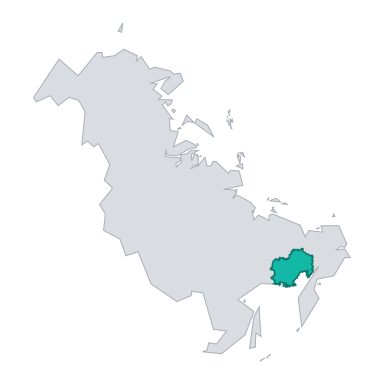 where Maga Buryatdan sits in Russia
{"feature_id": "RUS-2615", "entity_name": "Maga Buryatdan", "entity_type": "Region", "adm_level": 1, "iso_a3": "RUS", "parent_name": "Russia", "parent_adm1": "", "projection": "albers", "projection_center": [153.715, 62.596], "detail": "fine", "context": "in_parent", "style": "filled", "palette": "teal", "viewbox_px": 384, "rotation_deg": 0, "n_neighbors": 0, "source": "natural_earth", "source_scale": "10m", "svg_char_len": 9363}
<svg xmlns="http://www.w3.org/2000/svg" viewBox="0 0 384 384"><path d="M221.5,353.8L203.1,351.8L207.2,349.9L208.7,342.7L216.6,344.0L226.6,330.9L213.5,329.4L203.0,292.9L191.6,291.2L191.2,295.6L177.0,301.6L151.1,284.0L138.1,251.8L125.8,255.8L120.1,239.2L103.6,230.4L105.3,213.9L99.5,204.5L112.6,188.2L104.3,180.2L109.8,164.6L98.5,143.5L93.8,146.8L87.6,141.2L81.8,144.9L85.1,111.8L78.8,100.5L69.3,97.2L58.1,105.6L50.2,95.7L36.3,101.9L33.6,97.5L59.0,59.1L78.1,75.7L97.1,52.6L102.0,52.5L102.6,57.4L114.6,55.7L123.9,49.2L137.4,55.8L136.3,61.1L141.2,56.6L149.6,69.2L154.6,67.2L170.4,70.9L173.5,74.0L180.4,73.4L183.3,81.2L168.3,94.6L160.9,88.5L165.4,80.8L168.9,78.5L169.9,76.7L150.3,83.4L157.3,83.8L153.0,89.3L161.9,96.1L158.7,99.6L172.4,99.9L170.8,104.5L167.5,105.7L165.6,102.0L162.2,104.9L172.9,119.3L169.2,118.4L170.4,130.5L178.2,131.8L173.4,146.9L186.1,140.4L196.9,145.6L196.5,147.8L190.2,148.3L176.8,155.9L166.9,154.9L166.0,149.8L165.1,156.6L179.6,157.9L181.0,160.0L175.9,163.5L176.3,167.0L181.5,162.2L180.4,155.0L187.3,153.6L190.7,150.2L198.1,150.5L191.3,154.6L191.4,159.3L192.0,160.3L194.5,153.9L198.3,156.6L198.4,164.8L192.6,165.9L191.1,168.5L198.5,165.5L204.9,157.2L207.2,166.4L210.8,165.7L213.1,161.4L216.1,161.6L228.5,173.3L230.4,170.4L239.1,170.9L242.9,185.3L223.5,189.4L233.4,189.8L236.3,192.6L233.2,197.0L232.9,197.9L233.3,198.3L236.5,194.8L250.3,202.0L255.3,207.6L253.6,212.4L252.0,210.0L253.9,219.8L258.4,215.1L269.4,220.4L268.9,216.0L272.1,213.8L300.2,225.2L305.2,236.9L308.7,230.5L322.6,232.2L320.9,225.9L338.9,225.7L346.8,244.0L344.7,247.4L340.5,246.4L336.4,250.0L344.6,248.8L350.4,257.7L344.9,257.3L333.8,275.9L317.2,279.1L314.0,289.6L319.1,298.3L301.7,326.7L298.2,297.9L319.1,266.0L307.9,277.1L307.6,270.7L299.9,272.4L293.3,282.0L295.6,285.3L261.2,283.5L237.8,299.6L254.0,311.6L245.1,334.8L221.5,353.8ZM213.8,137.0L194.7,123.0L196.8,118.7L207.5,125.1L213.8,137.0ZM259.2,306.9L260.9,336.5L255.9,332.9L255.3,347.1L249.5,348.4L253.9,316.9L259.2,306.9ZM186.9,115.1L194.2,122.8L187.8,121.3L182.0,125.6L186.9,115.1ZM269.4,200.8L276.1,198.3L280.6,202.0L269.4,200.8ZM240.6,156.3L240.0,163.6L237.2,156.4L240.6,156.3ZM242.9,152.6L244.4,156.8L239.5,152.8L242.9,152.6ZM242.5,163.7L242.9,169.0L236.3,165.9L242.5,163.7ZM281.5,203.8L284.7,203.0L287.8,204.5L281.5,203.8ZM122.9,23.0L121.6,32.2L118.1,31.2L122.9,23.0ZM228.8,113.3L229.5,115.9L228.0,110.9L228.8,113.3ZM273.4,209.1L276.4,212.8L271.0,210.8L273.4,209.1ZM173.9,112.8L171.7,110.2L173.3,109.1L175.6,110.5L173.9,112.8ZM230.0,118.2L231.0,120.4L230.1,121.6L230.0,118.2ZM230.8,125.9L228.9,125.1L229.3,123.3L230.5,123.5L230.8,125.9ZM230.9,128.2L230.8,126.2L231.8,128.8L230.9,128.2ZM180.9,128.2L177.2,129.8L179.8,127.3L180.9,128.2ZM239.2,155.9L237.4,155.1L237.8,153.4L239.2,155.9ZM232.2,119.4L232.9,122.2L231.6,121.3L232.2,119.4ZM334.9,216.4L332.6,216.7L333.8,213.9L334.9,216.4ZM230.0,111.2L229.3,113.0L229.5,109.3L230.0,111.2ZM198.2,145.4L197.1,143.0L198.5,145.3L198.2,145.4ZM237.0,189.3L236.5,191.7L235.8,189.5L237.0,189.3ZM319.4,227.6L317.7,229.0L316.6,228.4L319.4,227.6ZM228.1,122.5L228.7,121.1L228.3,123.3L228.1,122.5ZM231.6,121.8L230.4,122.8L231.1,121.1L231.6,121.8ZM270.4,353.9L269.3,355.8L266.2,358.3L270.4,353.9ZM228.1,120.2L226.9,121.2L227.0,119.9L228.1,120.2ZM198.6,156.3L196.9,154.9L196.9,154.4L198.6,156.3ZM320.4,284.4L318.1,284.2L320.0,282.8L320.4,284.4ZM273.6,207.2L272.5,208.7L272.3,207.3L273.6,207.2ZM245.0,299.8L244.8,302.5L243.5,301.5L245.0,299.8ZM299.6,327.8L297.4,331.6L296.7,330.5L299.6,327.8ZM227.6,118.0L227.2,116.8L227.6,116.4L227.6,118.0ZM201.9,156.2L200.1,156.5L200.4,156.0L201.9,156.2ZM268.7,199.2L267.5,200.0L268.4,197.9L268.7,199.2ZM260.5,360.3L264.9,358.0L260.3,361.0L260.5,360.3Z" fill="#d9dde1" stroke="#a8b0b8" stroke-width="1"/><path d="M290.8,285.8L289.9,286.0L289.6,286.8L288.7,286.5L288.2,285.9L288.2,286.1L287.7,286.3L287.7,286.6L287.3,286.9L285.8,286.9L285.5,287.0L285.3,286.2L284.9,285.6L285.2,285.7L285.8,285.3L287.1,285.5L288.1,285.2L287.7,284.7L287.3,284.9L287.1,284.7L286.6,284.6L286.7,284.4L286.5,283.9L286.1,283.6L285.8,283.1L285.6,283.3L284.5,283.3L284.6,283.8L284.2,283.9L284.1,283.6L283.5,283.6L284.2,283.4L284.2,283.2L283.7,283.3L283.0,282.8L281.2,282.1L280.8,282.2L280.6,282.0L280.0,282.6L279.7,282.6L279.9,282.8L279.8,283.0L280.1,283.2L280.1,283.5L279.9,283.3L279.5,283.5L279.3,283.4L279.2,283.3L279.3,283.0L279.2,283.0L278.9,283.4L278.8,283.9L279.0,284.0L279.2,283.8L279.2,284.0L279.3,283.8L279.5,283.9L279.3,284.2L279.4,284.4L279.3,284.6L279.1,284.4L278.9,284.6L278.0,284.4L278.0,283.8L277.5,283.6L276.5,283.7L276.4,283.8L276.5,284.1L276.4,284.2L275.9,284.0L275.7,284.3L275.0,283.8L274.8,283.8L274.5,283.5L274.1,283.5L274.6,283.2L274.9,282.2L274.7,281.9L274.9,281.6L274.8,281.3L275.0,281.1L274.9,280.9L274.7,280.6L274.1,280.7L273.8,280.3L273.9,279.7L273.4,279.5L273.4,279.2L273.3,278.8L271.8,278.9L271.3,278.3L271.3,278.1L271.5,278.0L271.2,277.8L271.2,277.5L271.5,277.1L272.2,276.9L272.3,276.6L272.7,276.3L273.0,276.3L273.3,276.8L273.7,276.6L273.9,275.9L273.9,275.4L274.4,275.4L274.6,275.1L274.4,274.8L274.7,274.6L274.7,274.1L274.6,273.6L274.9,273.1L274.5,272.9L274.5,271.9L274.1,271.1L274.1,270.9L273.3,269.8L272.9,269.8L272.7,269.5L272.1,270.0L271.7,269.7L271.4,269.8L270.9,269.2L270.4,269.3L270.4,269.0L271.1,268.7L271.1,268.3L271.3,268.4L271.6,268.2L271.6,267.9L271.6,267.7L271.7,267.4L271.6,267.1L272.0,267.0L272.5,266.9L272.3,266.6L272.4,266.4L272.3,265.9L272.5,265.1L272.3,264.5L272.4,264.1L272.4,263.6L272.5,263.3L272.7,263.0L273.1,262.0L273.6,261.3L273.6,260.8L273.5,260.5L274.8,260.1L275.1,259.6L275.3,259.5L275.6,258.8L276.9,259.2L277.4,259.8L277.6,259.7L277.5,259.4L278.3,259.3L278.3,259.5L278.2,259.6L278.2,259.9L278.5,260.1L278.5,260.3L278.9,260.5L279.3,259.9L279.4,259.6L279.6,259.4L279.7,259.0L279.2,258.4L279.3,258.2L279.6,257.9L279.9,257.4L280.2,257.6L280.6,258.2L281.6,258.2L281.9,258.3L282.0,258.1L282.4,258.2L282.8,257.7L283.3,257.6L283.8,258.1L283.6,258.7L284.0,259.4L284.9,259.8L284.9,259.7L285.0,258.9L285.7,258.9L286.2,258.7L286.5,258.8L286.6,259.2L286.9,258.5L288.1,258.1L288.3,258.5L288.2,258.9L288.8,258.7L288.8,258.1L289.7,257.3L289.5,256.8L289.3,256.6L289.3,256.3L289.2,256.0L289.5,255.5L289.4,254.9L289.6,254.5L290.5,254.3L291.2,253.8L291.4,253.5L291.1,253.1L291.3,252.5L291.4,252.1L291.2,251.7L291.3,251.4L291.7,251.2L292.2,251.1L292.5,251.3L292.6,251.6L292.9,251.4L293.2,250.8L293.1,250.4L292.8,250.2L293.1,249.9L293.2,249.5L293.5,249.3L294.0,249.6L294.2,249.9L294.8,249.5L295.0,249.6L295.1,249.8L296.0,249.6L296.4,250.0L297.2,250.1L297.8,249.4L298.1,249.9L298.5,250.2L298.5,250.6L298.9,250.8L299.4,250.7L299.4,250.4L300.1,249.7L300.9,249.5L301.6,249.6L301.4,248.9L301.6,248.4L301.8,248.4L302.2,248.7L303.0,248.9L303.1,249.1L303.1,249.4L302.8,249.9L302.8,250.4L302.6,250.7L302.7,251.1L302.7,251.4L304.7,252.4L305.1,252.4L305.4,252.7L305.5,253.0L306.3,254.1L307.4,253.9L308.1,254.1L308.3,254.3L308.9,254.6L309.2,255.4L309.4,255.5L310.4,255.7L311.0,255.6L311.4,256.0L312.0,256.0L312.2,255.8L312.2,255.4L312.5,255.6L312.3,256.0L312.4,256.4L312.9,256.7L313.0,257.1L312.8,257.6L312.7,258.3L312.2,258.3L311.9,258.6L312.1,259.2L312.3,259.6L312.2,259.8L312.3,259.9L312.1,259.9L312.0,260.2L312.0,260.4L312.1,260.7L312.3,260.8L312.4,261.1L312.7,261.2L312.7,261.8L312.6,262.2L312.2,262.5L312.6,263.2L312.5,263.5L312.1,263.6L312.2,263.8L311.7,263.9L311.5,264.2L311.6,264.4L311.6,265.0L312.3,265.3L312.7,265.9L313.0,265.9L312.8,266.5L313.0,267.0L313.1,268.0L311.8,268.7L312.1,269.0L312.7,269.1L312.8,269.7L312.3,269.9L312.8,270.4L312.7,270.8L312.9,270.8L313.0,271.3L312.8,271.2L312.6,271.6L312.4,271.9L312.4,272.1L312.0,272.6L311.9,272.9L311.7,272.6L311.8,273.0L311.7,273.1L311.1,273.6L311.0,274.0L310.8,273.9L310.7,274.2L310.8,274.3L310.2,274.7L310.2,275.1L309.6,275.6L309.4,276.6L309.1,276.4L309.0,276.6L308.8,276.5L308.5,276.7L308.2,277.2L307.9,277.4L307.8,277.0L308.0,277.0L307.9,276.8L308.0,276.6L308.0,276.4L307.8,276.2L308.0,276.2L308.0,275.9L308.2,275.7L308.4,275.0L307.8,275.1L307.0,275.7L307.1,275.8L306.8,275.7L307.2,274.8L307.0,274.3L307.0,274.1L306.6,274.2L306.7,273.9L307.1,273.9L306.9,273.8L307.1,273.6L307.0,273.4L307.3,273.1L307.1,273.0L307.7,272.4L307.7,272.2L307.7,271.9L307.9,271.3L307.8,271.1L307.6,270.4L307.0,271.0L306.7,271.8L306.2,271.7L306.2,271.9L305.9,272.1L305.8,271.9L305.8,271.3L305.7,271.6L305.3,271.3L305.4,271.0L305.0,270.9L304.3,271.0L304.1,271.4L303.4,271.4L303.3,271.6L302.7,271.5L302.3,272.0L301.6,271.8L300.8,271.8L300.6,272.2L300.6,272.3L299.8,272.6L299.6,273.1L299.0,273.2L298.9,274.0L299.0,274.9L298.7,274.9L298.3,275.2L297.3,276.4L297.4,276.5L297.2,276.7L297.3,277.5L297.1,277.4L296.8,277.8L296.2,278.2L296.2,278.4L295.8,278.5L295.4,279.1L294.9,279.3L294.6,279.8L294.6,279.6L293.9,280.9L293.8,281.5L293.8,281.0L293.9,280.7L293.5,280.9L293.7,281.3L293.7,281.8L293.5,282.0L293.6,281.7L293.1,281.8L293.1,282.6L293.5,283.3L293.1,282.9L293.0,283.3L292.7,283.7L292.9,284.0L293.3,284.0L293.4,283.6L293.6,283.6L293.5,283.9L293.6,284.1L293.9,284.1L293.7,283.8L293.6,283.5L294.0,283.7L294.8,283.9L295.0,283.7L295.7,284.5L295.7,285.0L295.7,285.3L294.7,285.3L294.6,285.6L293.7,285.2L293.4,285.3L293.5,285.7L292.7,286.0L292.3,285.8L292.0,285.4L291.7,285.3L291.9,285.0L291.6,285.3L290.9,285.1L290.8,285.5L290.7,285.5L290.8,285.6L290.8,285.8ZM283.9,285.4L284.1,285.6L283.6,286.1L283.3,286.1L283.9,285.4ZM279.7,285.0L279.6,284.8L279.8,284.8L279.7,285.0Z" fill="#14b8a6" stroke="#0f766e" stroke-width="1.5"/></svg>